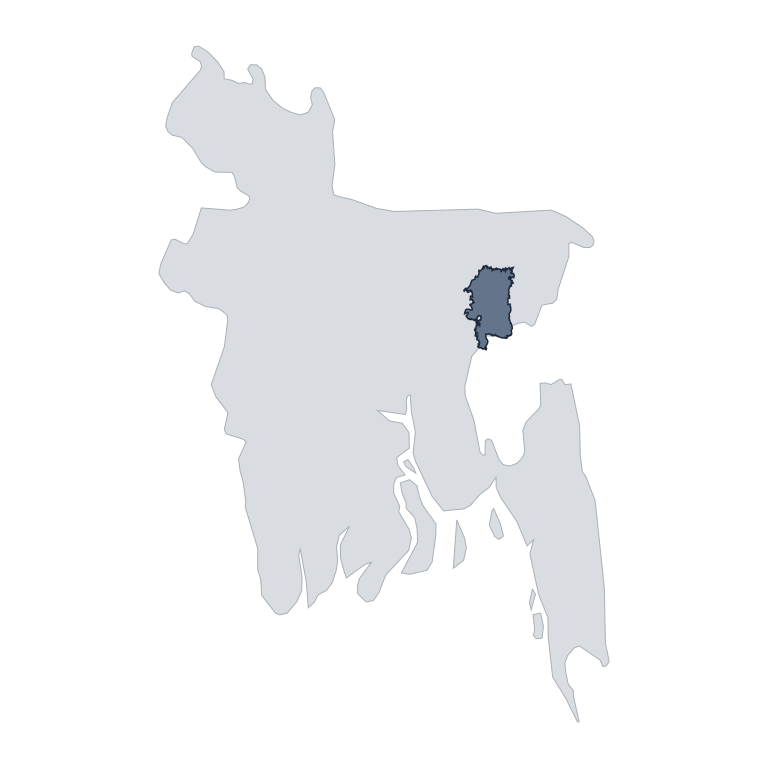 Habiganj, Sylhet, Bangladesh shown in context
{"feature_id": "16705992B7772300815487", "entity_name": "Habiganj", "entity_type": "district", "adm_level": 2, "iso_a3": "BGD", "parent_name": "Bangladesh", "parent_adm1": "Sylhet", "projection": "natural_earth1", "projection_center": [91.398, 24.335], "detail": "fine", "context": "in_parent", "style": "filled", "palette": "slate", "viewbox_px": 768, "rotation_deg": 0, "n_neighbors": 0, "source": "geoboundaries", "source_scale": "gbopen_adm2", "svg_char_len": 9664}
<svg xmlns="http://www.w3.org/2000/svg" viewBox="0 0 768 768"><path d="M257.7,569.7L257.7,548.5L245.2,506.8L245.8,502.2L243.2,482.1L240.1,470.9L238.5,459.0L246.2,441.9L243.2,439.2L226.3,434.0L224.3,429.5L228.0,412.7L215.9,396.8L211.2,384.9L224.4,346.6L227.8,319.9L226.8,314.7L218.9,308.7L204.9,306.3L195.0,301.3L189.3,293.8L184.4,290.8L178.3,293.0L170.6,290.1L164.1,282.6L158.8,273.4L160.9,263.5L171.3,239.9L175.1,239.2L183.9,243.7L187.2,243.7L193.1,234.4L201.4,207.9L229.8,210.2L236.5,209.3L243.7,207.2L247.5,203.8L249.7,199.6L249.0,195.9L240.3,190.9L237.0,187.2L234.6,176.6L232.1,172.5L215.0,172.0L206.1,167.1L201.3,162.7L192.7,148.3L182.0,137.5L171.8,135.0L167.9,131.5L165.7,126.0L167.0,118.1L172.3,102.7L200.7,69.7L201.5,66.0L200.4,61.8L192.2,56.5L191.6,53.9L194.0,46.9L198.7,46.1L208.4,52.4L218.2,62.6L224.0,71.7L224.2,78.8L231.9,80.3L238.3,83.4L244.9,82.5L249.2,84.2L252.1,83.6L253.2,79.5L247.7,69.1L250.4,64.7L256.9,64.9L261.6,68.9L264.9,76.9L265.5,89.3L273.0,100.5L283.0,108.5L290.8,112.2L300.2,114.9L308.3,112.3L312.4,104.5L310.6,97.5L311.9,91.2L315.1,87.7L320.2,87.9L323.9,92.9L334.8,119.8L332.5,131.7L334.9,164.4L332.0,186.0L333.7,194.2L335.6,195.7L352.2,199.7L376.2,208.3L394.6,211.5L477.8,209.1L495.9,213.3L551.5,210.1L566.6,216.9L583.1,228.1L592.3,236.5L594.0,241.2L593.0,245.3L589.9,247.5L584.2,247.6L571.2,242.2L568.9,243.8L568.8,256.7L558.2,289.1L556.7,299.1L553.0,303.1L542.0,305.1L534.8,324.0L531.8,326.4L524.6,322.2L520.1,322.9L514.4,324.6L508.8,329.0L504.9,334.4L500.5,336.2L485.0,335.9L482.0,344.7L471.8,356.2L464.8,386.5L465.2,395.8L473.9,420.1L479.9,451.6L482.2,454.8L485.1,455.0L485.3,440.6L488.1,438.8L491.7,440.4L499.1,459.8L503.2,464.7L509.7,466.1L517.1,463.2L522.5,457.5L524.8,451.4L522.8,430.2L526.3,421.6L539.0,408.7L540.8,404.8L540.0,383.6L544.7,382.9L551.2,384.5L559.3,379.5L561.7,379.4L565.1,384.8L570.9,383.9L579.6,425.9L580.3,455.6L582.4,472.1L585.5,475.8L595.1,500.5L604.3,587.6L605.4,642.9L609.2,661.7L606.1,665.9L603.0,666.7L600.1,660.1L579.6,646.1L574.6,647.5L567.6,655.6L564.8,663.2L566.0,673.8L568.3,684.3L573.2,690.3L573.6,696.9L579.1,721.8L577.5,721.9L566.3,699.3L552.7,677.0L548.2,637.1L547.9,617.5L538.6,594.3L529.9,553.9L533.6,539.7L527.1,545.9L516.9,521.6L500.9,497.9L496.2,487.4L496.0,477.2L489.1,487.5L479.7,494.7L470.2,505.6L463.8,508.9L443.6,510.9L432.0,496.3L415.3,460.8L413.1,452.7L415.4,431.8L411.4,412.1L410.3,394.6L407.3,396.2L406.2,401.0L406.8,408.3L405.6,414.5L377.5,410.5L389.5,420.9L402.3,423.3L409.0,432.6L409.4,448.1L396.7,457.5L397.8,465.3L405.1,474.9L396.3,477.6L393.8,483.8L393.6,492.8L399.8,506.4L398.7,511.8L409.3,529.7L411.3,538.3L408.7,550.4L385.7,575.0L379.0,592.4L373.4,600.5L366.3,602.0L357.7,593.8L357.6,585.3L359.4,578.6L371.4,562.3L364.9,564.5L346.3,578.0L342.8,567.1L340.4,557.0L340.5,544.6L349.5,526.1L339.3,535.3L336.5,546.9L337.7,560.4L336.3,570.0L332.3,582.6L326.9,590.1L318.1,594.9L314.2,602.3L308.3,607.8L306.4,582.5L300.2,548.4L298.8,555.7L302.0,576.9L301.7,590.6L296.9,601.5L287.2,613.2L279.8,614.9L275.5,613.1L261.8,595.5L260.6,578.9L257.7,569.7ZM427.1,570.2L410.0,574.3L401.3,573.0L417.6,542.4L417.1,528.6L414.6,517.4L406.3,508.5L405.9,502.0L402.2,493.3L400.3,483.0L409.5,479.7L416.9,485.6L419.5,497.2L423.2,506.0L436.0,524.0L435.8,535.0L432.2,561.9L427.1,570.2ZM463.7,560.2L453.3,568.3L456.8,519.9L464.5,537.9L466.4,547.6L463.7,560.2ZM503.5,536.0L499.0,539.4L494.7,536.4L489.3,525.0L492.0,510.6L493.7,508.6L500.2,523.3L503.5,536.0ZM542.1,638.1L536.2,638.7L533.3,635.2L534.7,630.3L533.1,614.6L540.6,613.1L543.4,626.2L542.1,638.1ZM535.5,594.2L531.2,609.8L529.4,602.8L532.4,589.1L535.5,594.2ZM413.9,468.1L415.7,473.1L406.1,466.6L403.6,462.0L407.9,459.6L413.9,468.1Z" fill="#d9dde1" stroke="#a8b0b8" stroke-width="1"/><path d="M478.4,347.0L478.8,347.1L478.9,347.4L479.9,348.0L480.7,347.5L481.0,347.8L481.3,347.7L482.4,348.9L483.0,348.7L483.6,349.0L484.4,348.4L484.5,348.8L485.6,349.7L486.2,349.7L486.2,349.3L486.0,349.2L486.2,348.9L486.0,348.5L485.8,348.4L486.1,348.2L485.9,347.9L486.1,347.9L485.7,347.4L485.9,347.2L485.6,347.1L485.8,346.9L485.6,346.5L487.3,343.8L487.8,341.9L487.8,341.0L485.9,337.5L485.7,334.2L486.9,334.3L488.3,333.8L488.3,334.0L488.5,334.1L489.4,334.0L490.7,334.3L490.9,334.2L491.0,334.9L491.2,335.2L492.1,334.9L492.4,335.5L493.0,335.0L493.5,335.6L494.3,335.6L494.6,335.3L495.1,335.3L495.3,334.9L495.4,335.2L495.6,335.1L496.7,335.7L497.1,335.5L497.5,335.7L497.2,336.2L497.7,336.6L498.8,336.7L502.3,338.0L503.5,337.9L505.1,338.1L505.2,337.5L506.0,338.3L506.3,338.4L506.5,338.1L507.0,338.0L507.1,337.2L507.6,337.0L507.6,336.7L507.0,336.4L506.8,336.0L507.3,335.9L507.2,335.6L508.0,335.5L508.1,335.8L508.8,336.1L509.2,335.7L509.4,335.8L509.6,335.5L509.8,335.7L510.1,335.5L510.6,335.0L510.8,335.2L511.4,334.8L511.3,334.4L511.7,333.6L511.5,331.7L511.1,330.7L512.3,328.5L512.1,326.5L511.7,326.2L511.7,324.9L511.4,324.5L511.3,323.8L510.6,323.6L510.8,323.2L510.6,322.5L510.2,322.1L509.6,320.0L509.2,319.8L509.5,318.8L509.2,317.9L509.0,317.7L509.1,317.2L509.5,316.8L509.3,316.1L509.3,314.4L509.1,313.4L510.2,312.1L510.8,310.5L510.7,307.7L510.6,306.6L510.0,305.8L509.7,304.7L510.1,304.3L509.6,304.2L509.5,304.6L508.0,304.5L507.9,298.3L508.1,298.1L509.6,298.2L509.5,297.5L509.5,296.9L509.3,296.7L509.6,296.2L509.4,295.5L509.0,295.3L508.7,295.7L508.4,295.2L508.8,294.0L508.8,293.2L509.1,292.7L508.6,290.7L508.9,289.6L508.9,289.3L508.7,289.3L509.0,289.2L509.2,288.6L509.0,288.2L509.9,286.8L509.6,286.5L509.7,286.3L510.5,286.4L510.7,286.1L511.2,286.1L510.8,285.3L511.0,285.1L511.4,285.1L511.6,284.2L511.1,283.9L511.1,283.2L511.4,283.1L512.1,283.5L512.4,283.4L512.3,283.2L513.0,283.0L512.8,282.8L512.8,282.5L512.5,282.6L512.3,282.4L512.2,281.8L511.7,281.8L512.0,280.6L511.1,280.8L510.7,279.8L510.8,279.3L510.1,279.3L510.6,278.6L510.6,278.2L509.9,277.9L508.7,278.7L508.5,278.3L508.8,277.4L509.5,277.0L509.8,276.5L510.6,277.2L510.6,277.9L510.8,278.0L511.2,277.9L510.7,277.4L510.9,277.3L511.4,277.5L512.0,277.1L513.0,277.1L513.7,277.6L513.9,276.3L514.3,275.9L513.8,274.8L513.6,273.7L513.0,273.3L512.7,273.6L511.9,273.6L510.8,273.1L510.9,272.8L512.1,271.8L512.2,271.4L511.6,271.1L511.8,270.6L511.6,270.0L512.4,269.3L513.3,267.4L512.8,267.5L512.5,267.9L511.3,267.9L510.9,268.2L510.7,268.6L510.8,269.9L510.3,270.1L509.1,267.9L508.9,268.5L507.7,268.5L506.9,268.9L506.7,269.3L506.9,269.6L506.8,269.8L506.1,269.6L506.1,268.3L505.7,267.9L504.6,269.2L504.7,269.5L505.2,269.6L505.4,269.9L505.6,270.9L505.4,271.4L505.1,270.5L503.8,269.1L503.6,269.9L503.0,269.0L502.8,268.9L502.3,270.3L501.6,271.1L501.4,270.0L500.9,269.5L500.6,269.5L500.5,270.1L500.1,269.2L499.2,269.3L497.5,268.6L497.3,269.2L496.4,268.4L496.2,269.2L495.6,268.7L494.5,270.0L494.3,269.9L494.3,269.1L493.6,268.9L492.8,269.1L492.7,269.3L492.8,270.0L492.5,270.6L492.3,270.7L492.3,269.9L491.9,269.5L491.9,268.6L491.6,268.6L491.2,268.1L491.0,268.6L490.7,268.5L491.0,267.1L489.7,267.4L489.5,268.4L489.1,268.0L488.2,268.4L488.0,267.7L487.7,268.0L487.3,268.1L487.3,267.5L486.8,267.0L487.4,266.4L486.2,265.5L485.4,266.1L483.4,266.2L483.2,266.6L484.0,267.0L484.3,267.4L483.4,268.8L482.9,268.9L482.6,268.1L482.2,269.1L479.7,271.3L479.2,270.3L478.9,270.3L478.8,271.1L479.2,272.4L477.8,277.0L477.4,277.2L476.4,277.1L475.8,276.8L475.9,276.1L475.6,276.1L475.0,277.5L475.1,278.3L475.0,279.1L472.0,280.3L471.2,282.0L470.7,283.8L469.7,286.0L467.3,288.7L466.7,289.1L466.2,288.3L465.7,288.3L464.3,289.8L463.8,290.6L464.2,291.2L464.8,290.4L465.5,290.1L468.0,290.6L468.2,291.0L467.5,291.0L467.1,291.7L467.4,291.9L467.8,292.4L468.6,292.3L468.6,291.4L469.1,290.6L470.5,291.4L470.2,290.3L470.7,290.1L471.2,290.4L471.8,291.5L472.3,293.0L472.4,295.2L472.8,296.9L472.5,297.0L471.2,296.0L470.3,296.3L470.6,297.9L470.0,299.8L470.7,299.8L470.4,299.2L470.6,299.0L471.4,299.4L471.7,299.2L472.3,299.3L472.9,300.2L472.9,300.6L472.7,300.8L473.1,301.0L474.1,302.5L473.7,302.9L472.8,302.5L472.4,303.4L471.6,304.1L470.6,304.0L469.9,304.6L469.9,304.9L470.8,305.9L472.0,308.0L472.3,309.3L472.1,309.9L471.4,310.0L468.4,309.2L467.4,309.2L466.4,309.3L465.7,310.0L464.7,312.6L464.6,313.8L467.2,312.6L468.3,312.6L468.3,312.9L468.0,314.1L466.1,315.8L466.4,316.8L467.8,318.1L468.1,318.8L468.9,318.8L469.2,319.2L469.6,318.8L470.1,319.2L470.6,319.0L470.5,319.4L470.6,319.5L471.1,319.1L471.3,319.4L472.0,319.5L472.1,319.2L472.5,319.5L472.4,319.8L472.6,319.5L473.2,319.6L473.4,320.0L474.3,320.1L475.2,320.8L475.2,320.3L475.5,320.7L475.7,320.2L475.8,320.6L476.5,320.6L476.6,320.3L477.0,320.7L477.1,319.9L476.5,319.8L476.9,318.7L476.8,318.2L477.2,317.8L477.2,317.5L477.7,316.5L478.1,316.5L478.6,315.7L479.1,315.5L480.5,315.9L480.4,316.3L480.9,316.4L480.9,317.6L481.2,317.7L481.2,318.5L480.9,318.7L480.7,319.5L480.8,320.0L480.5,320.0L480.4,319.8L480.4,320.0L480.4,319.8L479.8,319.9L479.8,320.3L479.3,320.2L479.0,321.1L478.3,320.8L478.2,321.9L477.6,321.9L477.4,321.3L476.8,321.4L476.9,322.3L476.6,322.4L476.6,322.7L476.2,323.1L476.3,323.5L477.0,324.0L477.5,323.9L477.8,323.5L478.1,323.7L478.2,323.1L478.9,323.7L478.9,323.2L479.6,323.1L479.9,324.3L479.7,325.5L479.3,324.6L478.9,324.6L478.2,325.1L476.9,325.1L476.9,325.7L476.2,325.6L476.0,328.6L475.2,328.4L475.3,329.5L474.7,329.7L474.8,330.5L475.6,330.4L475.6,332.4L477.1,332.7L477.7,333.1L477.5,333.4L476.8,333.2L476.9,333.8L475.6,333.7L475.2,335.8L476.0,335.9L476.4,336.5L476.7,335.9L477.7,335.9L477.7,336.8L477.3,336.8L477.3,337.8L476.8,338.5L476.9,338.9L477.1,339.1L476.9,339.4L476.9,339.7L477.0,339.9L477.9,339.8L478.0,340.0L478.5,340.0L478.8,340.3L478.8,341.7L479.0,341.7L479.2,342.0L479.5,342.2L479.6,343.5L479.4,343.8L479.0,343.6L478.8,343.8L478.9,344.1L479.2,344.2L479.1,345.0L478.8,345.6L478.5,345.3L478.6,345.7L478.1,345.9L477.8,346.7L478.1,347.1L478.4,347.0Z" fill="#64748b" stroke="#1e293b" stroke-width="1.5"/></svg>